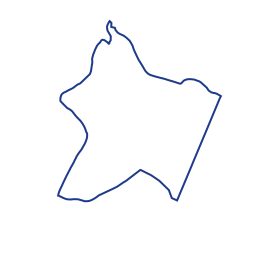 Bakil Al Mir, Hajjah, Yemen, rotated 24°
{"feature_id": "15242507B36780035445887", "entity_name": "Bakil Al Mir", "entity_type": "district", "adm_level": 2, "iso_a3": "YEM", "parent_name": "Yemen", "parent_adm1": "Hajjah", "projection": "equal_earth", "projection_center": [43.292, 16.508], "detail": "fine", "context": "isolated", "style": "outline", "palette": "blue", "viewbox_px": 256, "rotation_deg": 24, "n_neighbors": 0, "source": "geoboundaries", "source_scale": "gbopen_adm2", "svg_char_len": 3276}
<svg xmlns="http://www.w3.org/2000/svg" viewBox="0 0 256 256"><g transform="rotate(24 128 128)"><path d="M75.3,41.8L71.6,42.5L70.4,39.5L70.1,38.7L69.2,38.4L67.8,37.8L67.7,38.1L67.6,38.4L67.4,41.0L67.4,41.3L67.4,41.5L67.4,41.8L67.4,42.0L67.4,42.5L67.5,43.2L67.6,43.9L68.2,45.1L68.9,46.2L69.6,47.3L74.9,51.1L76.5,54.9L76.2,57.0L76.5,58.2L76.2,58.8L75.6,58.7L74.5,58.1L70.6,57.3L68.7,57.8L68.1,58.6L67.5,61.7L66.9,62.9L66.5,64.4L66.2,65.8L66.2,66.4L66.2,67.2L66.1,68.6L66.1,70.3L66.2,71.9L66.3,73.3L66.3,74.9L66.6,76.5L66.8,78.0L67.1,79.4L67.7,80.6L68.4,81.9L69.0,83.4L69.3,84.8L69.5,85.6L71.0,90.9L71.3,94.2L67.7,103.1L66.8,105.3L66.1,106.8L65.1,108.0L64.3,108.7L63.7,109.8L63.0,111.1L62.3,112.3L61.6,113.6L60.8,114.7L60.0,115.7L59.1,116.7L58.2,117.8L57.5,118.8L56.7,119.8L55.8,120.9L55.0,121.8L54.3,122.9L53.8,124.3L53.7,125.4L53.7,125.7L53.9,127.1L54.2,128.5L54.8,129.9L55.5,131.0L60.2,132.9L61.6,133.4L64.4,134.5L64.7,134.5L65.6,134.6L66.9,134.7L68.3,134.9L69.3,135.2L70.3,135.5L71.4,136.1L72.6,136.7L73.6,137.3L74.8,137.9L76.1,138.5L77.1,139.0L78.2,139.4L78.3,139.4L79.4,139.9L80.5,140.3L81.7,140.8L82.1,141.0L82.8,141.4L83.8,142.0L84.8,142.6L85.9,143.4L86.9,144.1L88.0,145.0L89.0,145.9L89.8,146.8L90.8,147.8L91.6,148.7L92.6,149.4L93.3,150.4L93.8,151.6L94.3,153.0L94.6,154.4L94.8,156.0L94.9,157.3L94.9,157.9L94.9,158.9L94.9,160.3L94.7,161.9L94.6,163.4L94.4,164.8L94.3,166.2L94.0,167.8L93.6,169.3L93.3,170.7L93.0,172.2L92.8,173.7L92.6,175.2L92.6,176.6L92.5,178.3L92.4,180.1L92.4,181.6L92.3,183.0L92.1,184.6L92.0,186.1L91.8,187.6L91.8,189.0L91.7,190.4L91.6,191.9L91.5,193.5L91.4,195.1L91.3,196.6L91.3,198.2L91.2,199.8L91.2,201.6L91.1,203.2L91.1,204.5L91.1,206.4L91.1,208.0L91.0,209.6L91.0,211.1L91.0,212.5L91.0,214.1L91.2,215.7L91.4,217.0L91.7,218.2L92.6,218.1L93.7,218.1L95.0,218.1L96.3,218.2L97.4,218.2L98.4,218.2L99.5,218.1L100.7,218.0L101.7,217.8L102.8,217.3L103.9,217.0L104.9,216.5L106.0,215.9L107.1,215.2L108.4,214.7L109.5,214.2L110.6,213.7L111.7,213.4L112.8,213.2L113.9,213.1L115.0,212.9L115.8,212.8L116.1,212.7L117.1,212.7L118.3,212.5L119.3,212.0L120.4,211.5L121.5,210.9L122.4,210.2L123.0,209.6L123.3,209.4L124.1,208.5L124.9,207.6L125.1,207.4L125.7,206.5L126.6,205.2L127.3,204.1L128.0,202.8L128.7,201.5L138.4,190.3L141.9,186.1L144.4,182.1L145.6,180.1L146.6,178.6L146.8,178.4L147.7,177.1L155.1,163.5L155.6,162.7L155.9,162.1L156.2,161.4L156.6,161.2L160.5,161.4L168.3,161.7L178.1,163.5L179.8,164.1L190.6,168.1L196.5,174.2L202.3,174.2L201.5,136.6L201.4,134.2L200.6,97.6L199.8,64.2L199.9,61.1L197.5,60.8L195.5,60.6L194.0,60.7L193.1,60.8L191.9,61.2L190.6,61.4L189.3,61.5L187.8,61.2L186.7,61.0L185.8,60.6L183.5,59.1L178.8,57.6L176.1,56.7L174.3,56.4L172.0,56.6L170.4,56.7L169.1,56.8L167.8,57.1L166.6,57.5L165.5,57.8L164.6,58.3L163.4,58.8L162.6,59.3L161.5,60.0L160.9,60.7L160.1,61.5L159.4,62.8L158.8,64.6L158.5,65.5L158.0,66.1L157.3,66.4L156.5,66.5L151.4,67.0L145.5,67.8L142.0,68.2L139.9,68.5L137.8,68.9L134.2,69.5L131.8,69.9L129.1,70.2L126.5,70.5L124.1,70.2L121.2,69.1L119.8,68.2L117.9,66.9L116.9,66.1L112.7,63.2L110.0,61.4L107.6,59.4L105.6,57.7L101.5,54.1L98.8,51.1L96.2,49.1L94.0,47.6L92.5,47.1L90.9,46.5L89.2,46.0L86.9,45.5L85.8,45.4L83.0,45.4L82.5,45.4L82.1,45.4L80.5,45.2L79.0,44.7L76.6,43.4L75.9,42.6L75.3,41.8Z" fill="none" stroke="#1e3a8a" stroke-width="2"/></g></svg>